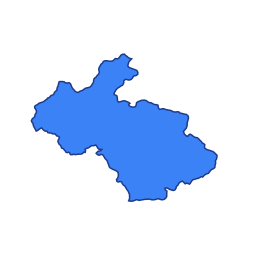 outline of Tarumirim, Minas Gerais, Brazil, rotated 20°
{"feature_id": "56859067B24314979756664", "entity_name": "Tarumirim", "entity_type": "district", "adm_level": 2, "iso_a3": "BRA", "parent_name": "Brazil", "parent_adm1": "Minas Gerais", "projection": "mercator", "projection_center": [-41.91, -19.288], "detail": "fine", "context": "isolated", "style": "filled", "palette": "blue", "viewbox_px": 256, "rotation_deg": 20, "n_neighbors": 0, "source": "geoboundaries", "source_scale": "gbopen_adm2", "svg_char_len": 4580}
<svg xmlns="http://www.w3.org/2000/svg" viewBox="0 0 256 256"><g transform="rotate(20 128 128)"><path d="M215.0,148.5L215.6,146.9L216.6,145.1L218.0,143.9L219.1,143.0L219.6,141.3L220.1,139.7L220.8,138.4L222.1,137.1L223.1,135.5L222.6,133.4L222.5,131.8L222.2,130.4L221.3,129.0L221.8,127.0L221.5,125.0L221.0,123.2L219.3,122.4L217.8,121.7L216.1,121.1L214.1,121.1L212.0,121.1L210.3,121.3L208.5,121.1L206.9,120.6L206.2,119.2L205.8,117.3L204.4,116.8L203.0,116.7L201.4,115.6L199.5,114.8L198.1,114.0L196.3,113.4L195.0,113.8L192.8,113.7L190.9,113.0L189.7,112.7L188.5,112.5L187.5,113.7L186.8,115.6L184.9,115.3L183.0,114.4L182.1,113.3L181.3,112.3L182.0,110.4L182.8,108.3L182.8,106.8L182.6,104.9L181.9,103.2L181.8,101.7L181.6,100.0L181.4,97.8L180.3,96.1L178.4,95.3L176.6,95.6L174.8,95.8L173.2,95.9L171.7,96.2L170.4,95.5L168.8,95.9L167.0,96.8L165.0,97.3L163.4,97.0L161.8,96.9L160.2,97.3L158.9,97.5L157.2,97.7L155.1,97.7L153.7,98.1L152.6,99.0L151.2,99.7L150.0,98.9L149.1,97.8L148.5,96.4L146.9,96.2L145.4,96.9L143.1,96.7L140.8,96.4L139.0,96.9L137.7,96.6L135.7,96.0L133.8,96.2L132.3,96.9L131.0,97.5L130.0,98.6L128.6,99.6L127.4,101.3L127.7,102.9L127.9,104.2L127.4,105.6L125.8,106.6L124.4,106.9L123.0,107.0L121.5,106.7L120.6,105.7L121.4,104.2L119.8,103.7L118.0,103.6L116.4,103.5L114.7,103.8L113.2,104.8L111.7,106.0L110.2,106.9L108.8,106.0L108.0,104.2L107.5,103.0L106.4,101.5L104.8,101.4L103.5,101.2L103.1,99.7L103.4,97.9L103.7,96.2L104.5,94.3L105.9,92.5L106.9,91.1L108.3,89.6L108.6,87.0L107.9,85.2L108.4,83.8L109.7,82.9L111.3,82.8L112.8,82.5L114.3,81.3L115.1,79.6L115.4,77.5L116.4,76.7L117.7,75.9L118.8,74.2L118.2,72.3L116.7,70.9L114.9,70.8L111.5,70.8L110.0,70.8L108.2,70.7L106.6,69.9L106.3,67.6L106.2,66.2L106.4,64.8L107.1,63.3L107.8,61.8L106.2,61.9L104.4,61.9L102.9,61.1L100.6,60.6L99.5,59.8L97.7,60.6L96.5,61.9L96.1,63.3L95.6,65.0L94.8,66.5L92.3,67.1L91.6,68.5L91.0,69.8L89.7,70.8L88.5,71.3L87.2,71.7L85.3,72.0L83.6,72.6L82.1,73.8L81.8,75.8L80.8,77.4L80.4,79.9L80.2,81.7L80.7,83.5L82.0,85.3L81.9,87.6L81.0,89.4L80.5,91.3L79.6,92.5L79.2,93.8L79.6,95.4L79.9,97.3L79.4,99.0L79.2,100.6L78.3,102.5L76.9,103.6L75.4,104.5L74.0,105.6L73.1,107.2L72.0,108.5L70.5,109.7L68.9,111.7L67.0,111.9L65.7,111.5L64.4,110.8L62.9,110.0L61.4,109.0L59.9,107.3L58.8,106.1L57.3,105.6L55.6,106.4L53.8,107.1L52.4,106.4L50.8,106.7L49.0,107.3L47.5,108.0L47.6,110.2L47.9,112.2L47.7,113.7L47.8,115.3L48.2,116.9L47.3,118.3L46.7,119.9L46.7,121.6L46.1,122.7L44.7,123.6L44.1,124.9L43.6,126.3L42.2,127.4L41.8,128.9L40.8,130.2L40.0,131.6L38.8,133.0L37.3,134.0L35.9,135.2L34.8,137.1L33.7,138.2L32.9,139.6L33.6,141.2L35.2,142.2L36.1,143.3L36.6,144.8L36.1,146.9L36.4,149.4L35.8,150.8L35.0,151.8L34.7,154.2L36.0,155.6L37.2,156.2L38.0,157.8L39.6,159.4L41.1,160.7L42.8,162.3L43.8,161.4L44.5,160.3L45.5,158.8L46.8,157.4L48.0,158.1L49.5,158.9L51.0,159.3L52.9,158.7L54.3,159.8L55.9,159.5L57.7,159.0L59.3,159.3L60.6,158.7L62.1,158.7L63.5,159.8L65.5,159.6L66.8,160.3L66.7,162.3L66.6,164.4L67.6,165.7L68.9,166.8L70.7,167.5L72.4,169.5L74.2,169.5L75.5,170.3L76.8,171.0L78.0,172.0L79.3,172.0L80.2,171.1L81.6,171.3L83.0,172.7L84.7,172.2L85.8,171.2L87.4,171.1L88.8,170.4L90.3,169.6L92.7,168.6L94.1,167.5L94.6,165.8L96.1,165.6L95.9,163.8L94.9,162.8L95.8,161.5L97.6,160.2L98.9,158.4L99.5,157.3L100.7,156.8L102.1,156.2L103.5,155.0L105.2,156.0L106.4,157.2L107.9,157.9L109.3,157.5L110.7,157.1L110.3,158.4L109.3,159.3L108.1,159.8L107.4,161.0L106.7,162.6L108.0,163.3L109.3,163.6L110.7,163.2L111.6,162.0L113.4,161.8L115.1,163.0L116.4,164.2L117.8,165.0L119.5,165.8L120.3,166.8L121.3,168.0L122.7,169.6L123.8,171.0L125.3,171.7L127.7,172.0L129.6,172.1L131.5,172.3L133.1,172.7L134.3,173.8L134.8,175.0L135.4,176.6L135.4,178.5L134.8,180.4L135.9,182.0L137.6,182.0L138.7,181.0L140.5,180.9L141.7,182.3L143.4,183.3L145.1,183.7L146.3,184.8L148.0,186.2L149.7,187.3L150.9,188.6L152.2,190.0L152.7,191.5L153.4,192.9L153.6,194.5L153.5,196.2L154.8,196.1L156.2,195.5L157.5,195.1L158.6,194.1L159.7,193.1L161.1,192.2L163.0,192.3L164.3,191.6L165.7,190.7L166.9,190.1L167.9,189.4L169.3,188.9L170.7,188.2L172.5,187.5L175.1,187.3L176.6,186.7L177.8,186.1L178.9,185.3L180.2,184.2L181.8,184.1L183.8,184.0L185.5,183.4L186.8,182.2L187.6,180.5L187.8,179.2L187.2,177.4L186.6,175.7L186.1,173.9L184.0,173.3L183.4,172.0L184.5,171.2L186.3,171.0L187.6,171.4L189.5,171.4L191.7,171.3L193.2,170.3L193.7,168.4L193.5,166.4L194.4,164.7L194.7,162.6L195.6,160.8L197.3,159.4L199.0,160.0L200.8,160.9L201.9,159.7L203.4,159.7L205.0,159.7L205.5,158.4L205.8,156.9L206.4,154.7L207.7,153.7L209.3,152.5L211.1,151.3L212.3,150.1L213.5,148.6L215.0,148.5Z" fill="#3b82f6" stroke="#1e3a8a" stroke-width="1.5"/></g></svg>